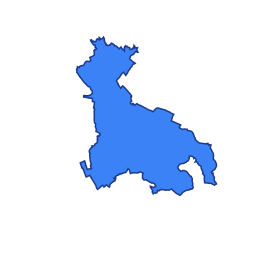 Sancraiu, Cluj, Romania (Equal Earth projection), rotated 238°
{"feature_id": "2599482B11402741815659", "entity_name": "Sancraiu", "entity_type": "district", "adm_level": 2, "iso_a3": "ROU", "parent_name": "Romania", "parent_adm1": "Cluj", "projection": "equal_earth", "projection_center": [22.961, 46.83], "detail": "fine", "context": "isolated", "style": "filled", "palette": "blue", "viewbox_px": 256, "rotation_deg": 238, "n_neighbors": 0, "source": "geoboundaries", "source_scale": "gbopen_adm2", "svg_char_len": 5808}
<svg xmlns="http://www.w3.org/2000/svg" viewBox="0 0 256 256"><g transform="rotate(238 128 128)"><path d="M115.4,174.1L117.6,172.5L119.5,171.7L122.0,169.9L123.4,169.2L129.1,164.0L129.6,163.2L129.6,162.1L129.3,160.4L128.7,158.9L128.6,157.8L128.8,157.5L129.7,157.4L131.1,156.3L131.7,155.6L140.4,150.6L142.3,149.1L143.9,148.5L143.9,145.4L145.9,145.5L146.2,144.9L145.7,143.9L147.7,143.1L148.7,144.3L148.7,145.2L151.5,146.1L152.0,146.4L152.2,146.9L153.0,147.1L152.8,147.7L152.9,147.9L154.1,148.1L163.9,146.6L165.4,146.1L166.6,145.7L166.3,144.7L165.7,143.6L165.5,142.8L168.2,142.8L169.9,142.5L170.1,143.0L174.1,143.2L174.7,144.4L175.4,147.3L177.1,151.1L177.5,152.4L177.7,153.8L173.8,154.0L174.9,156.7L176.4,158.8L176.7,160.0L177.8,162.2L178.1,163.7L179.5,165.7L179.0,167.3L179.0,168.4L180.2,168.1L181.0,167.4L183.7,166.7L184.5,166.2L185.4,166.1L186.0,166.4L187.7,168.3L187.8,169.7L187.5,171.7L188.9,174.8L187.3,176.1L187.0,176.6L189.2,176.7L190.5,177.6L190.7,178.4L191.0,178.6L191.0,178.4L191.8,177.5L192.3,176.2L193.4,176.4L193.7,177.1L194.1,176.8L194.8,176.8L192.8,175.2L193.3,174.3L192.6,173.6L193.0,173.4L193.1,172.1L193.5,171.2L195.0,172.0L197.6,170.1L198.0,170.4L198.3,170.0L198.4,168.8L198.9,169.1L198.7,168.1L197.9,167.3L195.2,165.7L199.1,164.9L200.4,165.0L199.8,162.5L203.3,161.6L204.2,161.1L204.4,160.5L204.8,160.1L205.9,160.4L208.1,159.4L208.8,158.8L208.2,157.8L208.3,156.9L207.9,156.7L208.1,156.3L208.4,154.9L209.4,154.0L209.6,154.1L210.3,153.3L210.8,154.0L213.1,153.8L214.8,154.5L214.9,154.3L216.3,155.2L218.1,155.4L217.4,153.7L217.9,151.9L217.9,151.3L219.6,151.9L220.1,151.6L218.1,150.1L219.9,149.3L219.5,147.9L218.5,146.9L218.3,146.4L218.9,145.1L219.5,144.8L219.9,144.9L219.9,144.2L220.4,143.8L222.1,143.8L222.4,142.8L220.9,142.5L217.7,142.7L216.4,143.0L215.5,144.1L214.0,142.9L213.0,143.4L212.1,143.5L211.6,143.1L212.2,141.5L211.6,141.2L211.7,140.1L211.0,139.9L207.8,138.2L207.6,136.0L208.1,133.0L205.2,132.4L205.1,131.6L204.7,131.1L204.8,130.4L206.4,128.6L206.6,127.6L206.4,126.4L205.1,124.2L204.7,123.2L205.3,122.2L205.2,121.9L205.7,121.3L205.7,120.6L205.9,120.3L205.7,119.9L205.8,119.5L205.2,118.6L206.8,117.6L204.9,116.2L205.2,115.8L204.5,115.1L203.0,114.8L202.4,114.0L200.9,114.3L198.5,114.2L189.9,115.0L184.1,116.3L183.2,117.5L180.1,116.9L178.3,117.3L176.4,116.2L175.9,114.5L176.3,111.5L178.9,107.8L178.8,107.4L177.7,106.8L176.2,108.7L174.3,110.5L172.5,112.8L171.5,113.4L169.3,111.8L168.0,113.4L165.8,111.9L163.5,109.6L163.0,109.8L162.7,109.4L161.4,109.7L160.2,108.1L159.5,107.9L157.0,106.3L155.4,105.6L155.1,105.1L152.3,103.4L150.1,102.4L148.6,102.8L146.4,101.0L143.6,100.5L142.1,99.0L140.8,99.9L137.8,101.4L136.8,100.3L137.2,99.9L136.3,99.0L137.4,98.1L137.2,97.4L134.3,96.3L134.6,95.9L132.0,94.4L131.8,91.5L130.9,90.1L131.9,87.7L130.6,87.5L130.6,85.4L130.1,84.9L129.8,84.0L129.2,83.4L129.2,83.0L127.5,82.2L126.5,82.5L125.9,81.5L123.7,80.3L120.2,78.6L116.3,77.4L116.3,76.5L114.8,75.8L113.2,75.7L113.3,75.2L112.9,74.9L114.0,73.2L114.4,71.5L116.5,72.0L117.1,72.0L117.6,72.4L119.2,72.4L120.3,73.1L123.1,73.8L123.7,69.0L118.8,67.8L118.2,67.8L118.0,68.3L117.5,68.1L116.2,68.1L115.7,67.8L114.8,68.0L113.5,67.5L108.6,66.6L108.0,70.5L95.7,70.3L94.6,69.7L92.1,69.6L92.2,71.4L93.0,75.9L92.1,76.1L91.4,76.9L90.7,76.5L91.0,79.9L88.9,80.2L87.7,81.0L89.7,82.9L90.2,85.5L90.2,86.7L90.5,87.0L90.3,87.7L90.5,88.1L90.1,88.7L90.2,89.2L90.7,89.7L91.3,89.7L91.7,90.0L92.3,89.9L92.5,89.4L92.8,89.3L93.0,89.6L92.7,90.6L92.8,91.1L92.3,91.2L92.8,91.5L93.4,91.3L93.5,91.5L93.6,93.0L93.2,94.4L93.2,95.1L93.5,95.3L93.3,95.5L93.3,95.9L93.1,96.4L93.1,96.8L93.4,97.1L92.7,97.6L92.5,98.6L92.7,99.0L92.4,99.5L92.3,100.6L91.5,102.3L92.0,104.0L93.5,106.5L91.6,107.0L88.1,105.9L87.5,108.2L85.6,111.3L84.8,112.2L84.5,113.6L84.5,114.7L84.1,115.3L82.2,116.5L81.5,116.9L80.8,115.6L77.5,113.6L75.5,114.0L75.1,114.4L74.9,115.4L74.6,115.8L72.5,116.8L71.3,117.6L70.8,117.6L69.8,118.5L69.0,118.7L68.5,119.2L68.3,120.0L66.6,120.9L64.5,120.8L63.7,120.5L64.0,118.2L66.6,116.2L66.2,116.1L66.1,115.7L61.4,115.7L61.0,114.6L58.8,114.5L59.0,115.4L58.5,116.6L58.1,116.8L57.9,118.2L58.5,119.3L59.2,119.6L59.4,120.1L58.7,120.5L58.2,121.3L58.6,122.0L58.1,122.9L58.2,123.3L57.9,123.9L58.0,124.4L56.8,125.2L56.0,126.4L55.3,126.8L55.1,127.5L54.6,128.2L54.4,128.9L53.6,129.7L53.2,132.4L52.1,133.0L51.4,133.0L46.7,134.4L45.3,135.5L44.2,135.7L43.4,136.5L43.8,138.8L44.1,139.2L44.4,140.6L44.3,142.5L44.4,143.3L43.9,145.2L43.1,146.9L43.3,148.2L43.0,148.2L42.7,148.8L42.3,150.1L42.3,150.4L42.8,151.5L43.9,152.1L45.2,152.2L46.0,153.2L48.9,154.3L51.2,155.7L53.7,155.9L54.2,155.3L54.9,155.1L60.0,154.7L61.8,153.4L62.8,152.2L62.9,151.7L62.9,150.5L63.2,150.0L65.6,149.1L66.9,149.2L67.9,149.0L68.8,150.4L69.3,150.8L69.8,152.8L69.3,154.9L68.5,156.2L68.2,159.0L68.5,160.1L68.3,161.6L69.6,163.7L70.9,164.5L71.5,165.1L71.3,166.0L69.4,167.7L68.5,168.1L67.5,167.7L67.7,168.3L66.0,169.0L65.5,169.0L64.5,168.5L63.7,167.1L63.6,167.9L63.2,168.3L59.1,168.5L58.0,169.2L56.6,169.6L55.0,168.7L50.4,168.1L50.0,167.3L49.4,167.1L47.0,167.5L44.2,165.6L41.1,164.0L41.0,164.4L40.0,164.9L39.6,165.9L37.8,167.9L36.9,169.2L33.7,171.0L33.8,172.0L33.6,173.2L34.4,173.7L35.4,173.3L37.5,173.4L39.0,173.9L40.3,175.1L42.8,175.2L43.9,175.7L44.2,176.0L44.2,175.8L43.9,175.4L45.5,175.1L45.7,175.6L46.0,175.9L46.2,175.4L46.5,175.4L46.5,176.8L46.9,177.2L47.0,177.7L46.8,178.7L46.9,179.7L48.0,181.7L49.2,183.1L51.3,184.1L51.9,184.0L53.1,184.4L56.5,183.9L59.6,186.1L61.2,186.8L63.4,186.9L65.7,187.2L67.0,187.1L68.1,187.7L69.2,188.9L69.9,189.4L70.6,187.5L71.2,188.0L72.0,187.6L72.3,186.9L72.8,187.3L73.3,185.6L77.6,180.4L81.2,179.3L82.6,179.1L83.8,179.6L84.9,179.5L88.9,180.4L91.3,180.2L92.4,179.4L93.8,177.6L94.9,177.1L95.5,177.5L95.6,177.3L97.3,175.3L98.1,173.3L100.0,172.2L101.6,171.8L102.6,174.3L111.2,168.5L114.7,172.6L115.4,174.1Z" fill="#3b82f6" stroke="#1e3a8a" stroke-width="1.5"/></g></svg>